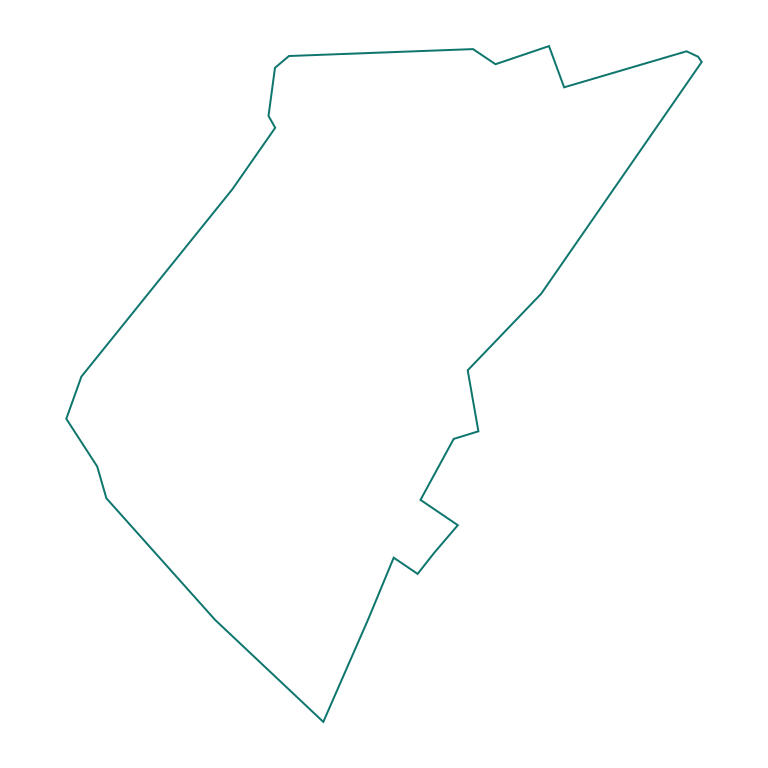 Bledsoe, Tennessee, United States of America (Equal Earth projection)
{"feature_id": "52423323B62552285254036", "entity_name": "Bledsoe", "entity_type": "district", "adm_level": 2, "iso_a3": "USA", "parent_name": "United States of America", "parent_adm1": "Tennessee", "projection": "equal_earth", "projection_center": [-85.176, 35.563], "detail": "fine", "context": "isolated", "style": "outline", "palette": "teal", "viewbox_px": 768, "rotation_deg": 0, "n_neighbors": 0, "source": "geoboundaries", "source_scale": "gbopen_adm2", "svg_char_len": 463}
<svg xmlns="http://www.w3.org/2000/svg" viewBox="0 0 768 768"><path d="M323.3,721.9L368.5,618.6L393.7,557.7L417.6,573.9L434.2,552.8L457.8,525.2L420.5,499.9L453.7,438.9L478.4,431.3L467.7,370.3L541.2,293.7L701.7,62.0L698.1,56.7L686.5,51.3L564.1,87.3L549.0,46.1L495.5,64.2L473.0,49.1L289.0,56.0L275.0,67.8L268.5,115.9L275.2,127.8L232.4,189.2L81.4,376.6L66.3,418.8L97.2,466.5L106.4,498.3L215.1,619.9L323.3,721.9Z" fill="none" stroke="#0f766e" stroke-width="2"/></svg>